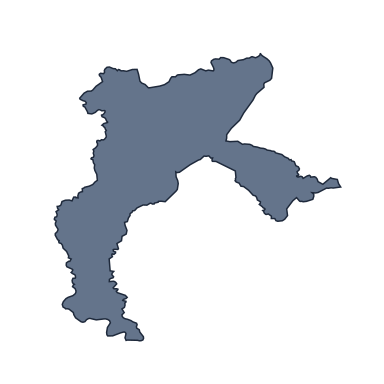 the district of Filomeno Mata, Puebla, Mexico, rotated 80°
{"feature_id": "50627088B66549226075892", "entity_name": "Filomeno Mata", "entity_type": "district", "adm_level": 2, "iso_a3": "MEX", "parent_name": "Mexico", "parent_adm1": "Puebla", "projection": "robinson", "projection_center": [-97.693, 20.213], "detail": "fine", "context": "isolated", "style": "filled", "palette": "slate", "viewbox_px": 384, "rotation_deg": 80, "n_neighbors": 0, "source": "geoboundaries", "source_scale": "gbopen_adm2", "svg_char_len": 5998}
<svg xmlns="http://www.w3.org/2000/svg" viewBox="0 0 384 384"><g transform="rotate(80 192 192)"><path d="M266.8,323.9L269.3,323.4L270.9,323.9L272.0,324.8L273.4,327.3L274.2,332.2L275.1,334.6L277.6,337.7L280.2,339.3L283.0,338.9L284.1,337.4L285.1,336.8L285.4,334.8L286.0,333.5L290.1,329.8L292.3,329.7L295.7,328.5L300.6,323.7L301.3,322.0L301.1,320.0L299.4,318.0L298.7,315.9L298.7,314.6L301.3,308.5L301.7,300.9L301.9,299.3L302.9,297.1L304.4,295.5L306.7,295.1L310.7,298.8L315.5,300.5L317.8,300.6L319.1,300.0L319.9,295.1L318.3,286.7L318.0,283.1L318.8,282.0L320.1,281.6L324.0,283.3L326.7,282.7L326.6,281.3L328.6,271.4L329.4,269.6L329.6,268.0L329.2,266.1L327.7,265.1L326.0,265.0L320.9,267.7L318.4,267.9L316.5,270.1L314.9,270.1L313.2,269.1L311.6,269.4L309.6,272.8L308.0,274.5L306.2,277.5L305.2,279.9L304.0,281.4L302.5,282.3L300.8,282.3L299.0,279.7L295.0,281.3L293.9,278.6L291.8,277.6L289.8,277.5L289.1,276.3L288.2,276.0L286.8,279.0L285.9,278.3L285.4,275.4L284.5,274.1L282.2,275.6L278.1,283.1L276.5,283.8L275.8,282.4L274.9,281.8L274.2,282.9L273.8,285.6L272.7,286.3L269.4,282.1L268.1,282.6L266.8,283.7L266.2,284.9L265.9,289.0L263.7,288.5L263.0,286.8L262.8,284.7L261.9,283.9L259.5,285.3L258.0,284.7L256.6,282.9L255.4,286.3L243.5,285.2L241.9,281.6L240.1,282.0L239.1,281.3L239.9,279.8L238.8,277.9L237.8,277.7L236.6,279.7L235.1,279.6L234.9,278.7L235.7,275.0L235.1,274.3L229.7,274.9L227.8,269.9L223.5,268.6L222.0,264.1L218.5,262.7L213.2,263.7L210.2,263.7L209.9,260.8L206.5,259.1L204.4,257.1L202.9,256.9L202.3,256.4L201.7,254.7L200.2,253.7L200.4,252.5L200.1,251.4L198.1,248.9L196.3,242.4L197.1,238.6L195.8,235.2L195.9,234.4L197.0,233.0L197.2,231.3L196.4,230.9L196.2,227.1L195.4,226.7L195.7,224.0L196.9,220.1L188.4,207.6L186.9,206.0L181.3,204.1L178.3,204.1L174.4,205.0L169.4,204.5L170.3,203.6L170.4,201.0L164.8,189.1L161.6,179.9L161.5,178.3L158.7,173.9L159.3,171.9L159.3,169.2L161.9,167.5L162.1,165.8L163.9,166.8L165.3,166.6L166.1,163.0L178.8,145.7L185.4,146.2L186.5,147.0L188.0,147.0L188.4,147.6L189.8,146.8L191.5,144.0L194.8,142.8L195.6,140.2L200.2,135.9L205.8,132.4L206.9,130.1L208.6,129.3L211.2,129.0L213.5,126.3L214.9,126.7L215.9,127.9L218.6,125.4L220.0,124.6L220.9,123.2L221.7,123.1L222.3,123.8L222.5,125.5L223.5,124.8L225.3,124.5L226.8,123.3L227.0,122.7L226.9,120.6L229.6,118.0L231.9,118.5L232.5,115.1L234.8,114.3L235.7,112.6L236.0,108.0L234.9,105.4L231.8,102.0L225.1,101.7L218.1,94.2L215.7,90.0L219.7,87.6L220.2,86.6L220.2,85.5L220.9,84.3L221.1,80.9L220.2,74.3L217.4,72.8L215.3,72.5L213.5,73.9L214.4,70.5L214.4,68.0L211.5,58.8L212.0,57.2L212.0,54.3L212.6,52.3L212.9,44.7L209.3,46.2L204.9,46.7L202.8,52.2L202.0,52.9L207.1,61.8L203.7,66.1L201.0,66.5L199.0,67.6L198.2,68.9L198.0,72.5L196.9,72.6L195.9,73.5L196.2,75.8L197.9,80.2L196.2,80.8L195.4,82.1L195.7,84.7L195.4,85.6L194.8,86.2L194.3,86.1L194.3,84.9L193.7,83.9L192.8,84.1L192.2,84.8L190.2,85.0L189.1,82.9L187.9,82.2L185.7,82.9L184.1,85.2L180.0,86.0L179.3,87.0L178.8,88.4L177.3,88.8L177.4,90.1L176.9,90.8L175.7,91.2L173.4,94.7L170.7,97.0L168.2,102.4L167.6,103.2L166.6,103.5L166.0,104.5L165.6,106.5L164.9,107.3L163.8,110.7L162.5,112.1L161.5,114.0L160.7,116.9L159.1,119.9L157.8,123.7L156.6,124.6L155.1,126.8L153.8,132.0L153.8,134.0L150.0,138.1L149.0,145.9L147.6,149.7L145.0,148.5L141.6,147.9L136.1,142.2L129.6,132.6L123.1,127.3L112.0,115.9L107.8,112.8L106.2,111.0L101.4,102.9L98.3,102.6L97.1,101.7L95.4,95.8L93.9,93.9L84.0,90.9L78.7,92.2L76.3,93.2L73.8,95.1L70.2,99.0L68.3,100.4L67.1,100.5L68.5,101.1L69.3,101.9L70.0,103.1L70.7,105.5L70.8,106.2L69.2,109.2L69.2,110.0L70.1,112.3L69.7,115.0L70.6,118.3L70.5,123.9L71.9,126.4L72.1,128.7L71.1,130.7L68.8,131.6L67.9,132.5L65.2,137.5L64.6,140.4L65.9,142.2L65.0,145.8L65.1,147.6L66.3,150.1L67.8,150.8L72.8,149.3L74.8,149.0L76.2,149.6L76.4,150.2L74.8,154.8L75.1,157.4L72.3,161.9L72.7,164.3L75.1,168.4L76.5,173.7L74.8,179.1L74.2,185.5L74.3,186.2L75.7,188.3L75.0,191.7L76.3,193.3L79.4,195.5L81.5,200.4L82.1,205.3L82.0,215.6L81.8,216.9L78.0,219.5L75.9,222.7L73.8,224.0L66.6,224.2L61.7,224.8L61.0,229.4L61.8,235.4L60.7,238.5L60.4,240.6L59.8,241.7L59.1,241.9L58.6,243.2L59.6,244.5L57.3,246.1L56.8,248.2L54.6,251.6L54.4,254.1L55.9,256.4L57.3,257.3L58.9,257.3L60.1,258.5L59.2,261.5L60.0,262.9L61.3,262.9L63.2,261.6L67.8,260.9L71.2,268.1L74.4,272.1L75.1,273.8L74.6,277.5L75.9,281.1L80.1,286.3L81.2,286.1L83.2,283.4L84.0,281.6L85.7,280.6L87.0,281.2L87.2,284.1L88.3,284.3L88.9,284.0L89.6,282.8L94.9,281.0L96.5,280.9L97.7,277.1L97.5,276.0L96.8,273.4L95.3,271.1L94.7,269.5L95.2,268.2L96.4,266.7L96.6,264.0L97.0,263.6L98.2,263.8L99.6,265.1L100.5,266.6L100.5,267.7L101.1,267.8L102.3,267.4L103.7,265.1L105.0,264.3L107.3,263.8L108.2,263.0L108.9,263.1L109.3,267.0L110.6,269.1L111.4,268.0L112.3,267.7L113.3,266.7L115.1,266.4L116.5,265.7L117.6,267.0L122.0,266.7L123.2,267.1L125.0,269.2L125.3,270.5L124.8,272.0L125.7,273.9L124.9,275.4L124.9,276.5L125.6,277.0L126.9,277.1L127.7,276.6L129.8,277.0L131.7,279.2L133.0,282.0L134.7,281.6L136.6,282.5L139.1,282.2L140.0,282.6L140.7,283.1L140.8,284.8L141.4,285.6L142.1,285.6L143.0,284.0L146.1,284.0L148.2,283.1L151.4,284.1L154.0,283.9L158.1,282.7L164.1,283.2L165.3,285.8L167.4,288.4L168.4,292.2L168.7,296.9L169.4,298.0L169.6,299.5L172.6,299.8L172.7,301.9L173.5,303.9L176.0,305.1L178.0,305.2L177.5,307.2L176.8,307.3L176.5,309.4L179.9,311.7L178.6,314.3L178.1,318.2L178.8,321.7L181.8,323.2L182.4,323.9L182.9,325.6L182.8,327.3L184.7,327.2L186.4,326.4L187.7,329.3L190.7,328.7L192.0,329.1L192.9,329.6L193.0,331.3L194.7,332.3L195.4,332.2L196.6,330.9L197.3,330.9L199.0,332.0L200.9,332.2L205.4,330.4L206.7,330.9L208.1,332.1L209.1,333.8L210.7,334.2L215.7,332.6L216.8,331.3L217.8,331.9L219.0,331.7L220.0,329.8L221.8,328.9L224.9,328.7L228.8,325.8L233.6,324.5L235.3,325.2L237.0,322.6L239.1,324.4L238.8,325.5L240.0,328.0L242.2,328.6L243.9,328.2L247.3,323.3L248.1,322.9L249.8,324.2L250.2,325.0L251.4,324.1L253.1,321.8L254.2,321.4L256.2,321.6L256.6,322.0L256.3,324.2L258.2,325.4L260.1,325.5L261.4,325.0L262.5,323.9L263.0,325.0L264.5,326.1L266.8,323.9Z" fill="#64748b" stroke="#1e293b" stroke-width="1.5"/></g></svg>